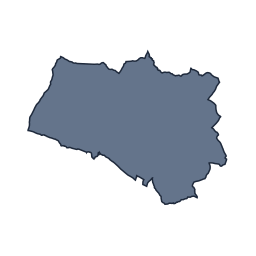 Guatavita, Cundinamarca, Colombia (Robinson projection), rotated 349°
{"feature_id": "7082276B39206984179134", "entity_name": "Guatavita", "entity_type": "district", "adm_level": 2, "iso_a3": "COL", "parent_name": "Colombia", "parent_adm1": "Cundinamarca", "projection": "robinson", "projection_center": [-73.779, 4.906], "detail": "fine", "context": "isolated", "style": "filled", "palette": "slate", "viewbox_px": 256, "rotation_deg": 349, "n_neighbors": 0, "source": "geoboundaries", "source_scale": "gbopen_adm2", "svg_char_len": 5768}
<svg xmlns="http://www.w3.org/2000/svg" viewBox="0 0 256 256"><g transform="rotate(349 128 128)"><path d="M59.6,71.1L57.3,74.5L56.8,75.0L53.8,76.9L52.9,77.3L52.5,77.6L51.2,79.7L50.2,80.8L49.5,81.3L48.0,82.7L47.2,83.4L46.8,84.3L44.9,86.1L43.6,86.9L42.5,87.8L40.2,90.6L39.0,92.4L35.9,96.4L33.9,98.5L33.4,99.6L32.7,102.4L32.3,103.3L32.1,105.1L31.7,106.8L31.0,108.4L29.6,110.7L29.4,111.4L31.0,112.0L34.3,113.6L36.1,115.0L37.9,116.2L40.8,117.5L41.6,118.6L42.7,118.7L43.0,118.5L43.6,118.6L44.2,118.8L44.4,119.0L44.7,119.0L44.8,119.3L45.4,119.5L45.8,120.0L46.6,120.4L47.0,121.0L47.5,121.2L49.7,122.7L50.5,122.9L53.6,124.8L54.8,125.2L55.3,125.9L56.8,126.9L57.1,127.2L57.9,129.5L58.9,131.3L58.8,132.2L58.9,132.6L59.5,132.9L60.9,132.9L61.4,133.3L61.8,133.2L62.1,133.7L62.6,133.8L63.4,134.3L63.9,134.9L64.2,135.7L64.4,135.8L65.3,135.9L65.7,136.0L66.0,135.8L66.6,136.0L67.2,135.9L69.4,137.3L73.5,139.2L73.8,139.3L74.6,139.0L75.9,139.5L82.4,143.7L82.7,143.9L82.7,144.1L82.9,143.9L83.5,143.8L85.0,143.9L86.0,144.6L86.7,144.8L87.2,145.7L87.3,146.0L87.0,149.2L87.2,149.6L87.1,149.9L87.9,150.9L88.0,151.3L88.6,151.9L88.8,151.5L89.0,151.2L89.6,151.2L90.2,150.3L91.4,149.9L91.8,150.1L92.4,149.9L92.9,149.5L93.0,149.1L93.1,148.9L93.5,148.9L93.7,148.6L94.0,148.7L94.5,148.6L94.1,148.0L94.2,147.5L94.1,147.3L93.9,147.3L93.9,147.0L94.2,146.6L94.6,146.8L95.0,146.7L95.2,146.4L95.4,147.0L96.5,148.8L96.9,149.1L97.8,149.5L98.0,149.9L99.3,150.2L99.7,150.4L100.1,151.2L100.8,152.2L102.5,153.4L103.6,154.4L104.0,155.0L103.9,155.3L104.2,155.6L106.4,158.1L106.7,158.1L108.4,160.2L110.9,163.6L113.1,167.0L117.1,171.9L118.9,174.1L122.0,176.7L122.4,177.1L123.1,177.7L125.2,180.5L125.3,180.6L126.7,178.1L127.0,177.9L127.2,176.9L127.5,176.4L128.3,177.2L129.6,178.0L133.7,181.7L133.2,182.3L132.5,183.4L132.2,184.4L131.8,186.3L133.1,187.2L135.2,188.8L136.6,186.0L137.3,185.2L138.4,184.4L139.9,183.6L142.3,181.7L142.5,181.7L142.1,182.8L141.9,186.3L142.2,187.2L142.4,189.0L142.8,190.7L142.5,191.5L142.6,191.9L143.3,192.8L143.6,194.2L145.2,197.0L145.7,197.7L146.5,200.2L147.3,201.3L147.4,201.8L147.1,203.2L147.1,204.9L147.1,206.5L147.4,207.1L148.1,207.9L149.0,208.5L149.4,209.2L149.7,209.9L152.6,210.2L154.0,209.7L156.0,210.1L156.6,210.4L157.5,210.4L158.3,210.8L158.4,210.4L159.2,211.0L159.7,211.0L160.2,210.9L161.6,210.1L162.3,210.3L163.2,209.9L164.6,210.0L165.7,209.4L166.6,208.5L168.5,208.9L170.3,208.4L172.2,208.5L172.9,208.0L173.4,207.2L176.0,207.8L176.5,207.7L177.4,207.3L179.8,207.5L182.5,209.6L182.8,208.9L182.3,207.1L181.8,206.4L181.1,204.6L181.5,203.6L181.3,202.5L181.8,201.7L181.9,200.9L181.5,200.0L181.3,198.9L180.3,197.9L180.1,197.3L180.6,196.0L181.1,195.3L182.4,193.7L184.5,193.4L187.3,193.4L190.9,192.8L192.1,192.5L193.9,192.4L194.3,191.8L195.0,191.2L195.7,189.6L196.7,188.5L198.0,187.8L200.5,184.3L201.0,182.9L201.3,181.3L201.3,180.2L200.9,178.4L201.0,177.8L203.1,178.1L204.7,178.6L206.8,179.6L208.2,180.0L210.3,180.8L210.8,181.3L211.2,182.6L211.7,183.1L212.6,183.3L214.2,182.4L215.3,182.2L216.2,182.2L218.6,178.1L218.8,177.4L217.7,176.3L217.6,176.0L217.9,175.3L218.9,174.5L219.0,173.7L217.8,170.2L217.3,167.5L217.3,166.9L216.9,165.3L216.7,163.9L216.4,162.7L216.1,160.9L215.5,159.4L214.0,157.2L213.1,155.1L213.1,154.7L213.4,154.0L213.6,153.7L214.0,153.0L214.6,152.6L215.2,152.3L215.5,152.0L215.3,150.6L214.4,149.0L213.6,148.7L212.3,146.7L212.1,145.9L211.4,144.8L210.7,144.3L210.3,143.7L215.5,140.2L217.8,138.3L218.7,137.3L219.8,135.6L221.1,134.6L220.8,134.0L219.8,133.2L219.0,132.1L218.4,130.8L218.0,129.7L217.9,126.6L218.2,124.1L218.5,122.8L218.4,122.2L217.2,120.2L215.1,117.9L214.2,117.0L211.9,115.4L213.8,113.4L216.9,111.1L218.1,109.8L219.9,108.3L220.1,107.9L221.1,107.0L222.9,104.0L226.6,100.5L226.2,99.5L225.9,96.3L222.2,94.1L219.9,91.5L219.7,90.7L218.9,89.8L217.8,89.2L217.0,88.9L216.4,88.8L215.3,88.9L214.2,89.4L211.3,90.9L210.5,90.9L210.4,90.2L207.9,89.4L207.7,89.1L207.6,86.7L206.1,85.1L203.8,83.4L202.4,83.0L201.7,82.3L201.5,81.6L201.1,81.4L199.7,84.7L199.2,85.2L198.6,85.5L196.7,86.2L196.0,86.2L195.4,86.2L194.1,85.9L192.2,85.9L191.2,86.3L190.5,87.0L189.9,87.2L189.2,86.9L188.5,86.1L187.8,85.8L186.3,85.9L185.3,85.7L184.8,85.9L184.5,85.8L182.4,84.3L181.6,83.1L180.6,82.9L180.2,82.5L179.6,81.6L178.9,81.1L176.6,80.9L175.5,80.4L174.7,80.2L173.3,80.2L172.4,80.5L171.5,80.1L170.7,78.9L170.6,78.3L170.3,77.7L169.9,77.3L169.2,77.3L168.9,77.2L168.3,76.4L168.2,76.3L168.6,75.8L168.5,75.6L168.1,75.2L168.2,74.6L167.8,73.9L167.1,73.6L166.9,73.1L166.2,72.4L166.0,71.8L165.5,71.5L165.5,70.6L165.3,70.2L165.7,69.6L166.1,68.8L165.9,67.9L166.0,67.6L165.9,66.7L165.6,66.6L165.3,66.5L165.0,66.2L164.7,65.5L165.0,64.8L164.4,64.5L164.2,64.3L164.2,63.5L164.0,63.4L163.8,63.5L163.6,63.5L162.9,62.1L162.6,62.2L162.4,62.1L162.4,61.7L162.8,61.0L162.9,60.6L162.8,59.9L162.8,59.5L162.3,57.9L162.0,56.7L161.1,58.2L160.3,59.0L159.1,60.6L158.2,62.4L157.7,62.9L157.1,62.5L156.4,62.3L155.6,61.8L154.2,61.5L153.8,61.5L153.0,61.8L152.2,62.0L151.4,62.8L150.8,63.0L150.0,63.4L148.7,63.8L147.0,63.6L145.2,62.9L144.0,63.1L138.7,62.4L138.5,63.0L138.1,63.6L137.5,64.0L136.3,64.4L135.3,66.5L133.9,67.9L132.1,70.2L129.5,72.7L129.3,72.6L128.7,71.7L127.8,71.0L126.4,69.1L124.9,68.5L123.9,67.5L123.3,67.2L122.4,67.3L121.8,67.1L120.9,66.8L120.4,66.5L119.8,65.6L119.2,64.2L118.6,63.4L118.4,62.2L118.3,61.6L117.4,60.7L116.3,59.1L115.8,59.0L114.4,59.1L113.0,59.9L111.7,60.1L110.5,59.5L107.0,59.0L90.1,54.9L89.1,54.2L88.3,54.2L87.7,54.1L86.3,53.4L85.6,52.4L84.8,52.2L84.4,51.9L83.3,51.6L81.1,49.5L80.6,49.1L79.6,48.6L77.6,46.4L76.6,45.8L75.6,45.0L75.4,45.2L75.2,46.1L75.0,46.5L71.6,47.7L71.1,48.4L70.7,49.4L69.2,51.1L68.7,52.5L67.0,54.2L65.4,55.4L64.9,56.1L64.7,56.5L64.9,57.3L64.6,61.7L63.5,63.6L62.8,65.2L62.1,66.5L60.9,67.7L60.6,68.5L60.5,69.7L60.3,70.6L59.6,71.1Z" fill="#64748b" stroke="#1e293b" stroke-width="1.5"/></g></svg>